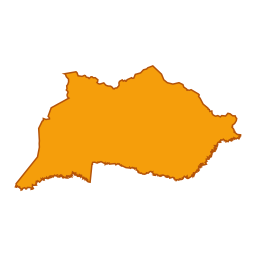 outline of Druvienas pag., Gulbene, Latvia
{"feature_id": "27541924B4723463518460", "entity_name": "Druvienas pag.", "entity_type": "district", "adm_level": 2, "iso_a3": "LVA", "parent_name": "Latvia", "parent_adm1": "Gulbene", "projection": "orthographic", "projection_center": [26.23, 57.112], "detail": "fine", "context": "isolated", "style": "filled", "palette": "amber", "viewbox_px": 256, "rotation_deg": 0, "n_neighbors": 0, "source": "geoboundaries", "source_scale": "gbopen_adm2", "svg_char_len": 5869}
<svg xmlns="http://www.w3.org/2000/svg" viewBox="0 0 256 256"><path d="M172.9,84.1L167.3,82.7L163.8,79.8L161.5,74.2L152.8,65.9L147.8,67.8L146.6,69.0L143.5,69.8L140.6,72.9L135.3,74.4L133.8,78.1L132.3,78.3L131.6,77.7L127.1,79.7L126.3,81.1L125.6,81.2L124.9,80.3L123.2,81.1L122.2,79.9L119.5,81.4L118.9,82.9L119.1,84.8L118.9,85.7L117.0,87.9L115.1,88.1L114.2,88.9L113.0,88.6L112.6,87.6L110.7,86.2L107.8,86.0L105.7,85.1L103.8,82.9L99.7,84.1L98.2,83.6L96.9,82.5L97.6,81.6L97.9,79.8L95.2,77.7L93.3,77.8L92.1,76.8L91.0,76.8L89.1,78.5L88.1,77.5L86.3,77.2L85.4,75.7L84.5,75.4L82.1,76.4L78.1,75.8L77.1,72.9L76.0,71.8L64.4,73.8L65.4,74.2L66.3,76.7L68.5,79.1L68.6,82.0L67.7,84.6L66.7,85.8L67.0,88.7L66.3,90.0L67.8,91.4L68.0,92.4L67.1,94.6L67.1,95.6L67.6,97.1L68.9,98.1L51.2,107.8L48.1,116.3L49.4,117.8L49.5,118.9L46.0,119.5L43.3,118.5L43.3,120.5L42.2,121.2L38.7,128.4L39.4,140.8L39.2,143.6L39.4,147.2L37.5,157.0L16.1,183.7L16.2,184.8L15.4,186.9L16.6,187.2L17.5,186.0L18.4,187.1L19.5,186.9L19.6,187.8L21.0,188.7L21.1,190.1L22.3,189.6L22.7,188.4L24.7,187.7L25.9,189.0L26.6,188.8L27.3,187.5L29.5,187.5L31.5,188.1L31.2,189.3L32.8,189.0L33.4,188.3L32.4,187.2L32.5,184.7L33.5,185.3L36.3,185.1L35.8,184.4L36.4,183.9L36.0,183.5L36.4,181.3L37.4,181.8L37.8,180.9L39.6,182.1L41.8,179.7L41.5,179.0L43.1,179.8L43.0,178.5L44.1,179.4L44.0,178.8L44.5,178.1L46.4,178.4L46.7,177.3L47.9,178.7L48.9,178.2L48.5,177.7L49.5,176.3L50.4,176.1L50.2,177.5L50.7,177.7L52.7,176.6L52.2,176.0L53.2,176.0L53.4,176.6L54.6,175.2L55.4,175.8L57.0,175.2L56.7,176.0L57.5,176.8L59.8,177.0L60.2,176.5L59.6,175.8L60.4,175.9L60.5,175.0L61.5,175.1L61.8,175.3L61.3,175.9L61.5,176.4L63.0,176.6L62.5,177.1L63.0,177.9L65.4,177.3L65.8,177.9L67.3,178.0L66.5,177.2L67.0,176.7L66.6,176.4L66.7,175.9L68.1,176.6L68.0,175.9L68.8,175.9L69.6,177.3L70.4,177.0L70.4,176.0L71.5,176.6L71.2,175.8L70.7,175.6L72.2,175.6L71.4,174.6L72.4,173.9L72.4,172.9L73.3,173.4L73.0,172.3L74.6,173.3L75.2,173.1L74.4,174.5L74.8,175.0L76.1,175.1L76.3,174.2L76.8,174.3L77.4,176.3L78.4,176.3L78.0,175.7L78.8,175.7L79.3,174.5L79.7,174.7L79.8,175.8L80.2,176.4L80.2,175.6L81.5,175.3L81.6,175.8L81.2,176.1L81.3,176.6L82.4,177.5L83.3,177.3L83.0,178.4L83.8,177.8L84.0,178.5L84.7,178.1L84.7,178.9L85.3,178.8L85.3,179.5L86.3,178.5L87.1,179.4L86.4,180.1L86.8,180.7L87.6,180.3L87.6,181.3L88.1,181.8L90.1,182.2L91.8,165.7L92.0,164.4L92.4,164.3L92.3,163.4L92.7,162.4L94.7,162.2L97.0,163.0L97.7,162.9L98.0,162.1L99.0,162.4L100.0,161.9L100.3,162.5L100.3,161.9L101.2,161.7L104.5,163.4L105.0,162.9L105.2,164.3L105.6,163.8L106.7,164.0L106.6,163.4L107.6,163.0L107.8,163.5L109.1,163.2L109.1,163.8L109.4,164.1L115.1,163.6L115.8,164.8L117.9,163.6L118.3,164.1L119.3,163.9L120.4,165.5L121.4,165.1L121.8,166.1L122.6,166.0L125.9,167.6L129.4,168.0L129.6,167.3L130.6,168.3L132.2,167.4L133.0,168.1L133.8,167.7L134.4,168.7L134.7,168.2L136.2,168.2L136.1,169.9L137.2,170.2L138.0,171.1L137.9,171.7L138.6,171.7L138.6,172.6L140.7,173.3L141.2,173.0L142.6,174.0L144.8,174.2L146.8,173.3L146.7,172.8L148.3,173.1L149.6,171.8L150.9,171.4L152.0,172.2L152.6,171.9L152.4,172.8L153.8,173.8L153.8,174.7L153.3,174.9L153.9,175.2L155.2,175.3L155.1,174.5L155.7,174.4L155.9,175.0L156.7,174.4L157.6,174.6L157.9,175.7L158.8,175.5L160.1,176.3L160.3,176.2L160.1,175.5L161.8,175.2L161.8,175.7L163.0,175.0L165.4,176.0L165.5,176.6L166.8,176.0L166.6,177.1L166.9,177.3L168.2,177.1L168.2,176.3L168.5,176.2L168.6,176.8L169.6,177.1L169.8,178.1L172.7,177.3L174.0,177.8L174.0,178.6L174.5,178.5L175.1,180.0L176.2,179.8L176.3,180.4L177.2,179.6L178.8,180.1L179.3,179.0L180.0,179.5L180.3,178.9L181.2,179.5L182.3,179.2L183.0,178.6L182.5,178.0L183.3,177.7L184.3,176.3L185.7,177.3L187.0,176.1L187.0,176.8L186.2,177.3L186.5,177.9L187.4,177.5L187.5,178.4L188.3,178.4L191.7,176.2L191.8,175.5L192.7,175.5L192.9,176.3L193.7,174.6L194.0,175.5L194.5,174.2L193.2,174.0L193.7,173.7L193.6,172.8L195.2,172.9L196.2,171.5L196.3,172.1L196.9,172.1L197.1,170.3L198.4,171.1L199.2,170.0L198.2,169.2L198.5,168.2L200.1,167.7L198.9,167.4L198.7,166.2L199.7,166.0L199.8,166.3L199.1,166.7L199.9,167.2L200.4,166.3L201.3,166.2L200.2,164.7L201.3,164.5L200.9,163.7L201.9,163.6L201.6,164.0L202.2,165.3L202.9,164.8L202.6,163.9L202.9,163.5L203.7,165.0L206.4,164.2L205.7,163.2L205.9,162.7L205.3,162.3L206.9,161.2L206.3,160.8L206.3,159.1L208.9,159.2L209.2,158.8L207.9,158.0L207.6,157.1L209.2,157.8L210.6,156.9L209.5,156.3L209.8,155.6L210.4,155.4L211.4,156.2L211.6,154.5L210.9,154.0L211.9,154.3L211.9,153.6L211.6,153.3L212.2,152.9L211.0,152.4L210.9,151.7L211.5,151.5L212.3,152.1L213.2,151.6L212.1,151.1L211.9,150.0L212.4,149.8L214.6,151.4L215.6,151.1L214.6,151.1L214.3,150.2L215.7,150.0L216.3,148.7L214.5,148.9L214.6,148.3L214.2,148.0L215.6,147.1L214.6,145.6L215.5,145.6L216.8,147.0L217.4,145.8L216.7,145.5L217.1,144.5L217.6,144.4L217.4,143.6L217.9,142.5L219.3,142.3L219.3,141.5L219.7,141.2L220.1,142.3L220.7,142.1L220.1,141.3L220.9,140.6L220.9,139.8L222.6,140.0L223.3,139.2L224.2,139.9L224.3,140.8L226.0,140.6L226.0,141.8L227.3,141.3L228.7,141.9L228.0,141.2L228.9,140.2L230.0,139.6L230.5,140.0L230.3,140.5L231.3,140.8L230.9,139.1L231.3,138.7L231.6,139.0L231.6,139.9L232.7,140.1L233.1,139.0L232.5,138.5L233.7,138.3L233.9,137.7L234.2,138.0L233.9,138.6L234.6,139.1L235.1,138.2L236.1,138.9L237.6,137.9L238.9,138.8L239.5,137.7L239.2,137.1L239.7,136.9L239.2,136.3L240.6,135.9L240.6,134.8L237.4,134.5L235.0,132.6L235.0,132.1L234.2,132.0L234.5,131.1L234.0,130.8L233.8,129.4L232.0,127.1L232.5,126.7L232.4,125.2L234.6,123.5L236.3,120.7L236.7,118.4L235.8,117.6L235.2,115.9L232.6,115.8L230.1,113.8L227.9,113.3L225.6,116.0L221.7,115.6L220.3,116.9L217.8,115.6L215.6,116.2L213.4,115.2L212.1,113.6L211.8,111.0L209.8,111.4L209.3,109.5L208.1,109.1L208.1,108.3L203.1,104.1L200.1,98.3L198.6,96.5L199.2,94.9L198.4,94.0L191.1,89.7L189.3,90.3L187.3,89.8L186.9,90.8L187.0,89.8L186.6,89.0L183.8,87.1L182.9,84.6L179.0,82.7L172.9,84.1Z" fill="#f59e0b" stroke="#b45309" stroke-width="1.5"/></svg>